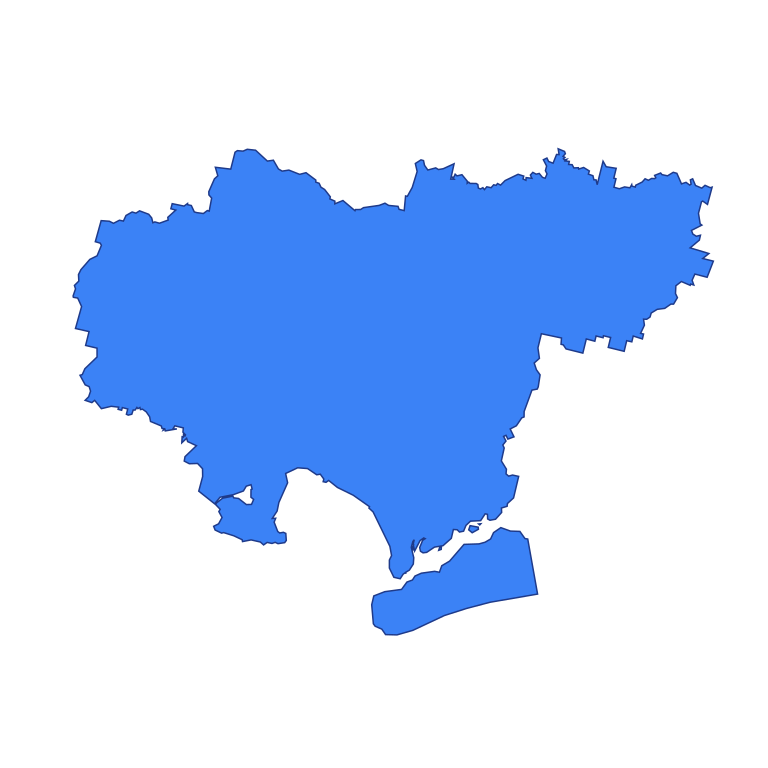 the district of Moreton Bay, Queensland, Australia, rotated 95°
{"feature_id": "25037944B19400187923346", "entity_name": "Moreton Bay", "entity_type": "district", "adm_level": 2, "iso_a3": "AUS", "parent_name": "Australia", "parent_adm1": "Queensland", "projection": "orthographic", "projection_center": [152.949, -27.107], "detail": "fine", "context": "isolated", "style": "filled", "palette": "blue", "viewbox_px": 768, "rotation_deg": 95, "n_neighbors": 0, "source": "geoboundaries", "source_scale": "gbopen_adm2", "svg_char_len": 6143}
<svg xmlns="http://www.w3.org/2000/svg" viewBox="0 0 768 768"><g transform="rotate(95 384 384)"><path d="M506.9,559.2L518.1,542.3L511.1,537.5L507.4,524.5L502.8,514.7L497.8,512.3L495.9,507.7L500.1,506.2L500.7,507.3L508.4,506.7L510.3,503.8L515.5,505.5L516.1,510.6L510.7,518.9L510.5,523.8L508.9,524.8L511.8,534.8L517.1,540.5L518.8,541.2L523.1,536.3L525.5,537.4L531.1,533.7L537.7,536.6L540.6,541.3L544.2,539.5L546.7,532.8L546.0,530.8L548.3,520.4L551.5,511.7L553.3,511.2L550.9,502.8L552.2,493.4L554.8,489.9L552.0,486.6L552.6,481.7L551.2,478.6L552.3,475.7L550.7,469.1L548.4,467.7L541.4,468.8L540.5,471.3L541.5,474.9L540.2,477.0L531.2,481.4L527.2,480.2L527.7,483.6L519.9,479.4L511.2,478.4L490.8,471.4L481.7,474.2L475.0,462.7L474.9,452.8L480.3,443.1L479.4,439.6L483.9,435.7L486.6,436.1L487.0,433.2L484.9,430.7L491.1,421.4L497.5,404.9L507.5,387.7L508.9,388.2L512.4,383.7L545.2,364.0L554.3,361.5L558.9,363.3L566.9,362.6L575.7,357.3L576.6,350.9L571.7,348.3L570.1,346.3L571.0,345.5L569.7,346.0L567.2,342.5L560.8,339.1L554.5,339.2L544.3,342.6L538.3,341.5L536.5,340.3L541.1,341.0L547.7,338.9L536.8,334.4L533.9,331.0L534.5,329.5L536.4,331.9L543.8,334.2L547.4,333.1L548.8,330.4L548.0,326.8L542.1,319.5L539.9,311.1L531.9,303.5L522.9,302.2L522.8,298.4L524.9,295.9L523.7,291.9L517.7,290.0L513.1,285.9L511.7,275.8L504.5,271.9L504.8,269.6L509.4,269.0L510.5,266.6L509.0,261.1L501.7,255.6L497.3,256.2L495.1,250.7L492.3,250.6L486.2,245.0L464.3,241.8L463.5,248.0L464.9,251.8L462.9,254.6L458.2,254.6L450.4,260.4L437.3,258.7L434.4,260.3L430.2,257.5L425.8,260.3L424.5,258.0L428.1,255.8L425.3,249.9L417.8,254.4L414.1,248.5L405.7,243.8L404.6,241.6L399.2,242.0L377.2,236.1L375.7,230.9L373.4,230.1L361.3,229.3L356.5,233.4L350.0,236.2L344.9,231.4L334.6,233.8L320.2,231.6L322.7,211.2L329.0,211.1L329.4,208.8L333.2,205.7L335.9,188.6L321.5,186.4L323.0,177.7L317.7,176.9L318.8,169.8L316.8,169.6L317.9,162.3L328.0,163.8L330.5,147.6L319.7,146.0L320.4,140.8L314.5,139.9L316.6,130.5L311.6,129.8L311.2,132.8L302.7,129.7L296.8,131.1L296.6,127.9L294.1,124.8L290.0,124.0L285.8,118.3L284.2,110.9L279.4,105.2L279.2,102.5L272.4,99.2L268.5,101.5L260.7,101.8L256.0,96.7L259.0,87.6L257.7,87.3L258.4,84.0L253.8,86.1L247.4,83.9L249.5,71.4L232.9,66.6L231.2,77.4L225.7,71.7L221.7,90.9L213.2,82.4L208.2,81.7L209.6,85.7L207.7,89.4L204.2,91.1L198.0,81.2L196.9,83.0L186.5,85.6L174.8,83.6L174.0,82.4L176.9,77.4L159.3,74.3L160.0,76.1L158.1,81.5L161.2,84.5L159.1,91.0L152.7,94.4L153.9,96.6L158.1,95.5L159.2,96.8L156.8,100.7L158.7,105.1L148.6,110.6L147.9,114.3L151.9,119.7L151.2,125.3L149.7,126.8L152.6,132.6L154.9,131.2L155.8,132.2L155.9,135.3L158.0,138.4L156.8,141.8L160.3,144.4L164.1,150.6L165.9,150.8L165.3,154.2L163.8,154.6L167.1,156.1L166.7,161.5L169.0,166.6L167.9,172.1L159.3,170.8L158.9,173.0L148.9,171.5L148.2,181.6L143.0,185.2L166.9,189.0L162.2,190.5L162.3,192.7L158.3,194.0L157.1,198.7L153.9,198.0L150.9,204.0L152.9,208.8L151.6,209.2L152.2,213.7L149.1,215.7L149.2,219.2L146.1,218.8L146.0,222.9L144.3,221.6L145.1,223.7L144.0,224.9L142.5,223.5L141.6,225.5L138.8,223.4L136.6,224.4L134.5,231.0L140.2,229.6L140.3,232.1L149.3,234.8L148.0,239.4L144.7,241.4L146.7,244.8L152.7,241.0L157.4,241.8L160.5,239.9L165.0,241.4L164.3,244.2L160.7,247.7L161.7,250.7L160.2,254.2L163.1,256.4L166.2,254.6L166.0,260.4L168.7,260.4L167.6,263.4L164.7,262.9L163.4,268.7L170.8,281.1L175.7,285.2L174.4,288.4L176.3,289.6L176.0,292.1L179.1,294.4L178.6,298.8L181.6,300.9L179.8,302.6L181.3,304.9L180.6,307.1L177.1,307.9L176.2,309.7L176.7,315.8L175.5,317.2L176.8,318.6L174.7,318.7L168.7,324.6L170.3,329.4L168.8,331.4L171.8,332.4L172.0,334.0L173.9,332.0L174.1,335.4L158.5,333.4L164.4,343.8L165.6,348.5L164.2,351.3L167.0,359.0L162.6,362.7L158.0,364.1L157.5,366.7L161.6,372.0L169.4,369.5L185.7,373.0L195.0,377.1L194.8,378.9L209.5,379.0L208.7,384.2L205.8,385.5L205.7,394.9L203.8,398.8L206.5,404.4L210.1,419.8L212.2,422.5L212.7,427.6L213.9,428.0L204.8,440.9L208.8,448.7L206.1,448.9L204.3,454.1L202.2,453.8L195.4,460.1L193.4,464.0L189.7,466.1L188.8,469.6L186.8,469.7L180.3,480.1L182.5,486.3L179.2,497.4L180.8,504.0L179.0,507.9L170.7,513.7L172.1,519.6L162.3,532.3L162.1,540.7L164.3,544.7L164.3,550.4L166.1,552.6L183.3,555.4L182.8,570.9L191.1,567.7L194.4,570.8L207.7,575.3L210.9,574.9L213.8,571.9L227.0,573.2L226.6,575.1L229.9,578.8L229.6,585.4L229.1,588.0L223.0,591.5L222.5,595.2L221.3,595.4L224.2,598.7L222.8,610.7L228.0,611.6L228.9,606.6L236.8,613.9L239.5,613.3L243.4,621.7L242.5,626.4L243.5,628.3L238.8,629.9L235.4,633.2L232.8,642.6L235.4,646.0L234.6,649.9L238.6,655.7L244.4,657.8L243.9,661.8L247.5,667.5L245.8,671.8L245.9,680.0L267.4,684.0L268.4,679.0L270.5,677.6L281.3,681.0L285.5,687.9L296.5,695.9L301.6,697.9L308.1,697.0L312.8,701.0L316.1,699.6L323.4,701.4L324.7,701.0L325.1,696.6L333.2,692.0L355.6,696.2L357.5,682.4L371.6,684.6L373.3,673.0L382.1,672.2L394.8,683.3L400.9,685.4L401.8,687.6L410.9,681.6L412.3,677.5L416.7,675.7L422.5,677.1L426.3,680.3L428.0,673.4L425.5,670.8L433.2,663.4L430.0,653.8L430.2,646.3L432.4,646.7L433.0,643.1L430.3,642.6L431.2,637.1L436.6,638.0L437.3,636.1L436.1,632.6L431.8,631.6L431.6,629.6L428.9,628.1L430.0,627.0L428.7,625.1L430.7,624.4L430.1,622.4L432.5,618.4L437.1,614.6L441.7,613.3L445.2,602.2L447.6,601.3L447.7,599.3L449.2,599.9L448.2,598.3L449.8,597.8L446.8,586.4L447.2,590.4L443.9,588.7L445.2,580.1L449.5,580.1L452.0,577.3L453.2,577.8L451.9,579.3L454.3,579.3L454.1,580.5L460.2,580.3L455.3,575.9L458.5,574.6L461.8,565.5L473.7,575.9L478.2,576.3L480.4,571.0L479.4,562.8L484.2,557.4L492.0,556.6L506.9,559.2ZM579.9,212.7L525.9,227.3L525.7,230.1L519.0,235.8L519.5,245.2L516.9,255.1L522.5,261.9L529.1,264.3L532.8,269.5L535.0,275.4L536.8,290.3L554.7,303.2L560.0,310.6L566.7,312.4L566.2,317.2L569.2,330.3L572.6,336.4L576.8,338.6L579.3,343.9L587.1,348.6L590.8,365.1L596.0,375.7L605.0,377.0L623.8,373.7L626.1,371.7L628.4,364.8L633.5,360.6L632.8,349.2L626.9,333.8L609.4,303.7L600.4,282.2L592.2,259.4L579.9,212.7ZM524.5,283.2L520.5,277.3L518.4,277.7L517.6,285.9L521.9,286.9L524.5,283.2ZM541.7,312.6L542.3,314.4L544.9,315.0L543.8,312.6L541.7,312.6ZM542.9,340.6L544.6,341.8L546.0,340.8L542.9,340.6ZM514.8,275.4L515.2,277.5L516.0,276.3L514.8,275.4Z" fill="#3b82f6" stroke="#1e3a8a" stroke-width="1.5"/></g></svg>